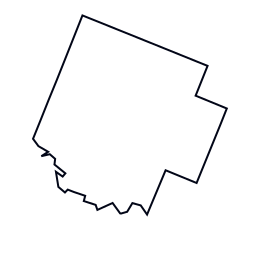 Wabaunsee, Kansas, United States of America (Robinson projection), rotated 202°
{"feature_id": "52423323B37462453886567", "entity_name": "Wabaunsee", "entity_type": "district", "adm_level": 2, "iso_a3": "USA", "parent_name": "United States of America", "parent_adm1": "Kansas", "projection": "robinson", "projection_center": [-96.171, 38.975], "detail": "fine", "context": "isolated", "style": "outline", "palette": "ink", "viewbox_px": 256, "rotation_deg": 202, "n_neighbors": 0, "source": "geoboundaries", "source_scale": "gbopen_adm2", "svg_char_len": 598}
<svg xmlns="http://www.w3.org/2000/svg" viewBox="0 0 256 256"><g transform="rotate(202 128 128)"><path d="M212.4,215.3L212.1,166.9L212.0,145.3L212.1,123.9L212.0,102.6L212.0,82.4L204.2,77.6L193.1,76.0L197.8,69.4L190.7,74.4L184.0,72.1L182.5,66.6L169.1,62.5L170.4,58.5L178.4,60.4L170.5,47.3L162.3,44.6L160.8,48.3L154.0,48.4L142.3,49.1L141.6,43.7L129.2,44.6L125.7,40.6L114.2,52.7L103.3,45.9L102.4,46.1L97.4,50.0L95.8,60.0L87.2,61.0L77.9,54.9L77.3,102.9L43.8,102.7L43.6,167.0L43.7,183.1L77.4,183.3L77.5,215.4L88.8,215.4L139.2,215.4L212.4,215.3Z" fill="none" stroke="#020617" stroke-width="2"/></g></svg>